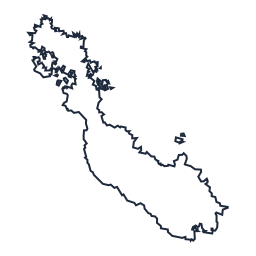 Lalmonirhat, Bangladesh (Mercator projection)
{"feature_id": "16705992B84214314165922", "entity_name": "Lalmonirhat", "entity_type": "district", "adm_level": 2, "iso_a3": "BGD", "parent_name": "Bangladesh", "parent_adm1": "", "projection": "mercator", "projection_center": [89.252, 26.122], "detail": "fine", "context": "isolated", "style": "outline", "palette": "slate", "viewbox_px": 256, "rotation_deg": 0, "n_neighbors": 0, "source": "geoboundaries", "source_scale": "gbopen_adm2", "svg_char_len": 5523}
<svg xmlns="http://www.w3.org/2000/svg" viewBox="0 0 256 256"><path d="M200.9,169.6L195.0,169.3L190.8,166.2L184.8,164.4L186.8,158.7L186.4,155.9L183.7,153.2L182.3,154.8L178.8,155.0L177.5,159.6L173.9,161.1L174.9,164.4L174.4,166.4L168.3,164.7L168.0,165.8L164.5,166.2L162.6,164.8L161.2,165.3L159.9,164.4L161.4,163.4L158.7,163.7L157.9,161.4L157.0,162.1L158.2,161.0L155.3,159.4L154.4,156.6L151.3,156.4L146.8,152.0L145.7,153.7L139.4,152.4L141.2,150.1L141.0,146.9L138.0,148.8L133.1,147.4L133.8,142.1L136.8,138.0L132.2,138.4L132.3,135.1L129.2,133.6L128.5,132.1L129.4,131.2L126.7,131.2L125.5,130.0L125.6,127.5L120.9,126.5L120.2,127.4L117.7,125.7L114.7,127.6L109.8,124.8L106.9,125.4L104.7,122.3L103.4,122.6L101.4,116.1L104.0,114.4L101.6,112.2L99.2,112.4L99.2,110.2L97.2,108.5L98.6,102.7L101.6,99.2L99.5,97.3L99.1,90.3L97.1,89.7L97.5,88.5L96.4,89.0L95.9,85.9L92.8,84.6L94.4,81.0L89.6,77.1L88.7,77.6L88.7,75.1L86.9,75.7L87.7,72.6L89.0,71.6L87.9,71.0L89.1,69.1L86.7,67.5L88.3,63.6L93.5,73.0L94.2,70.8L96.6,69.3L95.1,68.3L96.3,68.5L96.0,67.1L94.4,67.1L97.6,66.4L97.3,64.4L95.7,64.5L97.7,64.0L97.7,62.1L95.3,62.6L94.2,61.9L95.4,61.4L93.9,61.4L90.7,62.7L89.9,60.4L87.0,61.1L85.9,59.1L84.5,62.1L82.0,61.4L87.3,56.6L86.2,55.6L86.3,52.2L84.9,51.2L86.4,49.2L80.8,47.9L80.9,46.6L83.4,46.9L83.9,40.3L85.6,38.3L84.9,37.6L81.3,38.7L82.9,37.0L82.2,36.0L79.5,36.8L79.0,38.4L79.4,36.8L77.1,35.5L76.3,36.6L75.8,35.2L74.3,37.0L68.8,35.4L68.2,37.1L67.0,37.0L66.0,33.1L62.8,34.1L63.9,32.7L63.5,30.8L59.1,31.2L58.8,28.3L55.1,27.8L56.5,31.1L55.2,31.2L54.8,29.2L51.9,28.4L51.2,27.0L52.2,25.6L50.6,23.4L51.9,22.8L52.0,19.9L50.6,20.0L50.8,18.9L49.7,20.0L49.5,18.8L46.9,18.4L46.7,16.2L43.8,15.4L44.9,18.0L46.6,18.1L45.2,19.3L42.4,18.1L42.6,19.3L40.9,19.5L41.8,21.1L41.1,22.3L42.4,23.8L40.7,24.5L40.5,26.9L34.9,24.8L34.8,26.2L37.1,26.6L34.0,27.7L34.7,30.0L36.4,30.7L35.0,33.2L28.3,32.8L30.1,35.2L31.8,34.3L32.5,35.2L32.0,40.5L29.8,42.1L33.5,43.1L30.2,45.1L30.6,46.8L33.5,47.4L32.6,48.9L34.9,47.2L38.1,49.9L41.1,50.3L42.2,46.7L44.6,48.3L44.5,49.7L41.7,51.4L40.9,54.2L42.9,53.4L44.7,54.3L42.6,54.6L43.8,58.8L45.1,58.8L44.9,56.9L46.1,56.0L44.8,52.8L45.4,51.4L46.4,52.5L48.8,51.6L50.2,53.2L52.5,52.2L53.2,52.8L54.0,56.0L51.5,55.2L52.4,57.5L54.8,57.2L57.3,58.9L56.3,61.4L54.4,61.4L56.1,63.4L55.5,64.4L52.5,62.8L51.9,65.5L52.5,68.7L54.7,68.6L55.5,69.9L56.3,69.0L55.7,72.1L57.0,71.9L59.0,67.4L62.0,72.4L63.0,71.0L61.3,68.8L63.3,65.8L64.9,66.8L62.9,72.2L67.6,74.4L69.2,73.6L68.2,74.7L68.9,76.7L70.5,77.1L69.9,75.7L71.4,75.6L72.1,72.8L71.3,72.7L71.1,74.6L70.9,72.6L69.6,72.2L70.9,70.3L74.5,71.1L74.2,73.5L75.6,76.2L73.2,76.8L75.8,78.8L74.9,79.6L75.6,84.3L72.5,83.5L71.4,85.6L72.1,88.3L68.1,86.9L67.2,87.9L66.9,86.6L65.2,86.3L65.2,87.5L63.4,87.2L62.3,88.9L63.6,93.0L66.9,93.9L67.8,95.4L66.6,101.5L64.1,102.8L62.7,105.1L65.5,105.8L67.0,109.3L68.2,108.2L67.4,109.4L68.1,110.7L71.2,110.5L74.0,112.9L78.8,112.0L86.2,120.0L85.9,123.4L87.4,128.7L86.5,130.3L84.0,130.4L83.6,135.6L83.7,139.3L86.7,143.4L84.5,145.4L85.3,147.7L84.0,148.9L86.2,156.8L85.0,157.6L87.4,159.8L87.4,162.8L88.8,164.2L90.6,170.9L92.8,172.2L94.0,175.0L102.8,183.8L108.6,185.2L110.7,184.6L114.4,187.9L117.0,186.9L122.1,195.3L123.5,194.4L127.2,200.5L134.4,202.9L136.0,205.3L140.5,203.2L144.1,205.4L144.6,208.6L148.3,213.1L150.6,213.9L151.6,216.0L155.0,216.4L157.1,218.6L157.0,222.8L160.9,226.0L160.9,228.3L167.8,229.5L168.0,232.0L172.3,235.9L182.3,237.9L185.4,236.9L185.5,239.2L190.5,239.6L190.7,240.6L191.8,239.3L193.2,240.6L194.8,238.9L194.4,231.2L198.1,231.1L197.1,230.4L197.7,229.7L197.6,229.1L196.5,229.5L195.4,227.7L193.3,228.6L193.4,229.8L192.1,229.5L193.0,227.0L195.7,225.5L197.7,227.0L199.0,226.4L199.8,223.7L201.4,224.0L202.1,228.1L203.6,229.7L203.1,230.9L205.6,231.0L204.2,232.3L212.2,233.5L212.8,230.5L211.5,230.0L211.5,228.5L212.5,228.5L213.2,230.6L215.3,230.6L217.2,227.4L217.5,222.4L216.5,221.7L216.6,215.7L215.5,213.5L216.3,212.5L222.2,214.8L222.8,209.6L227.7,207.8L227.7,206.9L220.4,205.8L219.8,203.2L216.5,202.0L215.3,197.0L211.7,196.2L211.8,193.4L209.4,191.0L210.0,187.4L205.5,184.0L207.6,182.4L207.6,180.8L206.1,180.1L207.2,179.6L206.8,178.7L203.7,181.3L201.1,181.5L198.3,176.7L201.1,172.0L200.9,169.6ZM64.7,88.0L63.9,88.5L63.6,88.0L64.7,88.0ZM35.4,57.0L33.5,57.0L34.2,59.7L32.5,60.3L36.3,66.4L34.1,69.6L34.7,70.9L40.1,73.3L43.4,77.3L49.9,76.2L49.6,74.2L51.5,74.5L52.1,69.0L50.9,68.5L49.8,70.4L45.3,70.5L46.2,67.5L43.1,67.7L44.0,65.8L41.8,62.7L38.3,64.5L37.7,61.7L39.7,61.1L39.6,58.5L38.6,57.2L35.4,58.3L35.4,57.0ZM101.1,81.5L97.6,78.5L96.9,81.5L98.2,85.2L100.5,86.4L99.6,88.3L103.8,89.6L103.8,87.4L102.6,87.0L104.7,85.3L105.8,89.0L104.2,90.7L108.1,88.8L106.7,85.0L108.0,83.7L107.1,82.4L109.0,83.2L108.2,81.0L107.2,82.0L106.0,79.9L102.8,80.2L102.0,85.6L101.5,83.8L98.9,83.8L98.8,81.5L101.1,81.5ZM182.6,139.3L176.0,137.4L175.3,141.1L178.9,142.6L180.6,141.5L180.1,143.1L183.0,141.9L182.1,141.7L182.6,139.3ZM61.3,80.9L58.3,80.4L58.2,83.7L58.2,81.0L57.3,81.2L56.7,84.6L58.7,85.6L61.3,80.9ZM65.3,77.8L63.7,78.5L64.1,80.1L66.8,83.4L68.0,80.8L65.3,77.8ZM183.6,133.5L181.2,133.8L180.9,135.7L184.7,136.0L183.6,133.5ZM57.1,76.4L57.9,75.1L57.0,74.3L54.9,75.5L57.1,76.4ZM92.5,75.1L90.7,74.0L90.5,76.8L92.5,75.1ZM113.0,87.8L110.1,87.3L110.9,89.1L113.0,87.8ZM73.7,34.9L74.7,34.1L73.2,33.0L73.7,34.9ZM39.8,51.4L38.5,50.6L38.5,51.8L39.8,51.4ZM78.7,35.1L79.5,34.8L79.4,33.6L78.7,35.1ZM96.2,70.0L97.3,70.3L97.2,69.5L96.2,70.0ZM76.7,34.9L77.5,34.1L77.1,33.5L76.7,34.9ZM100.8,68.4L100.8,67.4L100.0,68.2L100.8,68.4ZM96.4,71.3L95.7,71.6L96.3,71.8L96.4,71.3Z" fill="none" stroke="#1e293b" stroke-width="2"/></svg>